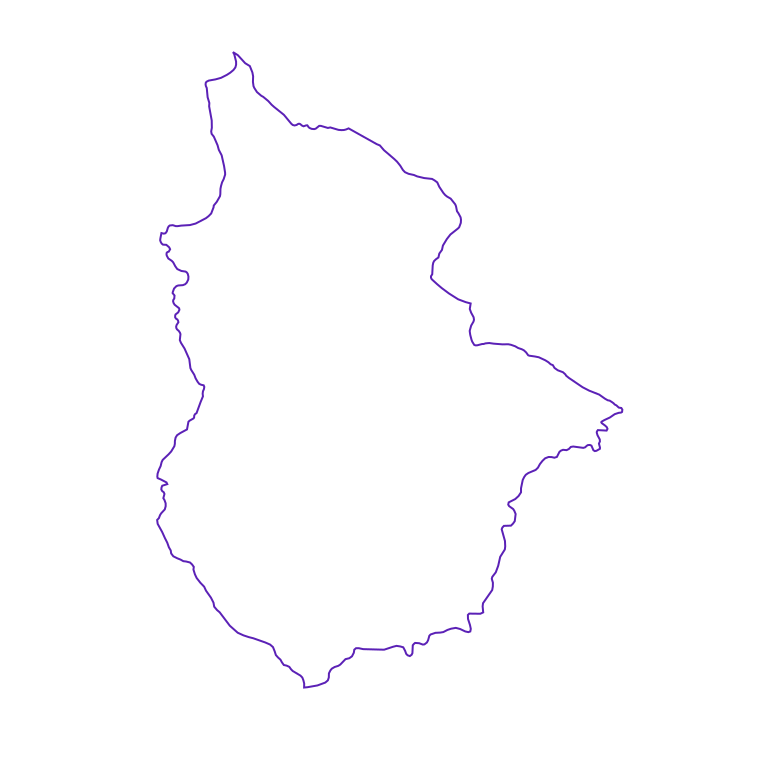 Tununguá, Boyacá, Colombia, rotated 277°
{"feature_id": "7082276B59200745530827", "entity_name": "Tununguá", "entity_type": "district", "adm_level": 2, "iso_a3": "COL", "parent_name": "Colombia", "parent_adm1": "Boyacá", "projection": "natural_earth1", "projection_center": [-73.937, 5.716], "detail": "fine", "context": "isolated", "style": "outline", "palette": "violet", "viewbox_px": 768, "rotation_deg": 277, "n_neighbors": 0, "source": "geoboundaries", "source_scale": "gbopen_adm2", "svg_char_len": 6143}
<svg xmlns="http://www.w3.org/2000/svg" viewBox="0 0 768 768"><g transform="rotate(277 384 384)"><path d="M345.0,579.4L344.9,589.6L345.7,591.4L347.3,592.7L348.2,593.8L348.6,595.8L348.1,597.4L343.8,599.9L343.1,601.4L343.6,603.0L346.0,606.2L347.3,606.1L351.0,604.6L353.3,605.3L355.3,604.9L359.1,602.2L361.6,601.1L362.8,601.1L364.3,601.9L364.9,610.6L366.7,611.3L368.3,610.4L369.7,608.5L371.7,604.9L372.6,604.3L373.4,604.9L375.1,607.2L378.3,612.3L382.2,616.7L384.0,620.5L384.5,622.7L385.3,623.7L387.6,623.7L389.1,622.5L389.2,619.9L391.1,617.3L391.8,615.4L392.8,614.3L393.9,612.3L395.0,610.0L395.1,608.1L396.3,605.2L399.7,598.9L402.4,588.5L405.0,581.5L412.6,566.7L414.5,563.7L415.6,562.9L417.5,560.2L418.8,554.8L420.0,552.6L420.7,551.3L423.3,549.3L423.9,547.0L425.6,544.6L427.2,541.2L429.4,534.4L429.7,530.4L429.8,524.8L430.1,523.6L432.7,521.2L434.5,518.7L435.3,516.5L436.1,512.7L437.4,509.7L438.4,505.2L438.6,502.4L437.8,497.0L437.4,487.9L437.5,483.5L436.7,479.8L435.9,478.1L435.6,476.4L433.8,471.9L433.5,470.1L433.8,468.8L436.8,466.4L438.5,465.5L443.3,463.6L446.6,462.7L447.4,462.6L452.6,463.4L456.8,465.2L458.7,465.5L461.2,464.8L465.4,461.8L468.9,460.0L474.5,460.2L475.2,455.2L477.1,447.3L481.8,437.4L486.2,429.7L489.6,424.5L493.8,418.6L495.2,417.7L496.7,417.5L498.8,418.5L507.6,417.9L510.3,418.1L512.1,418.7L514.1,420.3L516.2,422.6L520.2,423.0L524.2,425.2L528.6,425.6L535.5,428.7L540.5,431.7L547.3,438.4L548.7,439.5L553.3,440.6L556.4,440.4L558.8,439.7L562.5,437.1L564.4,435.4L569.2,433.8L571.0,432.8L576.1,427.6L577.7,423.8L579.0,421.7L580.9,419.6L586.5,414.8L590.6,412.3L592.3,409.3L593.4,406.7L593.3,398.8L594.1,391.6L595.1,388.2L595.6,382.8L596.8,379.0L598.7,376.7L602.7,373.5L606.2,369.9L608.6,366.7L616.1,355.4L620.3,350.8L621.2,347.5L633.4,317.7L632.0,315.3L631.2,313.2L630.8,310.8L630.7,307.8L632.1,299.4L631.3,297.1L632.5,289.9L632.3,288.2L629.1,285.1L628.5,283.7L628.4,281.2L629.0,279.1L629.6,278.0L631.4,276.4L631.2,275.2L630.0,272.8L630.4,271.3L631.8,269.1L632.0,267.9L631.3,266.5L630.5,265.8L629.7,263.7L630.0,261.8L631.0,260.3L639.0,251.8L645.5,241.3L647.5,238.4L650.7,234.7L654.3,229.1L655.1,227.1L658.3,222.3L661.9,219.3L663.7,218.2L667.9,217.1L673.4,216.6L677.2,215.4L683.2,212.1L685.5,207.1L692.6,198.8L695.0,193.7L693.0,195.2L686.0,197.9L682.9,198.3L680.1,197.9L677.3,196.3L674.3,193.5L671.7,190.4L668.0,184.9L665.8,179.6L663.8,173.1L662.4,171.0L661.3,170.4L659.6,170.4L658.0,170.9L656.2,172.0L647.1,174.0L641.6,176.4L638.3,176.6L624.5,180.9L617.3,181.9L613.7,181.7L611.3,182.4L608.7,185.0L600.7,189.7L596.3,191.5L591.2,195.0L580.8,198.7L574.5,200.5L572.5,200.8L567.8,199.9L564.4,198.7L560.6,198.1L557.7,197.9L552.5,198.4L550.4,198.3L544.4,195.8L540.4,193.3L538.6,193.3L532.2,191.7L529.2,189.4L526.9,187.1L520.3,177.5L518.1,172.0L516.5,163.4L515.6,160.2L515.3,158.2L515.9,155.0L515.2,152.0L514.1,151.0L512.5,150.4L508.9,149.8L507.0,148.7L506.4,147.1L506.7,144.7L501.2,144.3L499.4,144.3L497.9,145.0L496.3,146.2L495.4,147.6L495.6,151.0L493.5,154.1L491.7,155.3L489.1,154.2L488.6,153.0L487.6,152.3L486.3,152.3L485.0,152.7L482.3,154.6L480.4,158.3L479.1,159.9L475.4,162.5L472.9,164.8L471.5,169.1L471.4,173.4L470.6,174.8L469.4,175.8L466.8,176.8L463.9,177.0L460.6,175.9L458.8,174.5L457.6,172.3L456.7,167.7L455.8,166.0L453.2,164.0L449.7,163.2L448.5,163.1L446.3,165.3L443.3,165.4L441.6,164.6L440.3,164.6L438.7,165.3L437.2,166.5L434.2,171.4L432.7,171.9L430.0,171.0L427.6,168.6L426.3,168.4L424.7,168.6L423.5,169.6L422.9,171.0L421.7,171.9L420.2,172.4L417.4,171.0L415.7,170.7L414.3,171.0L413.0,171.9L411.7,173.8L410.1,175.2L408.7,175.9L402.7,176.0L400.2,177.4L394.9,181.7L384.9,187.7L376.2,189.9L374.4,191.0L370.1,194.5L366.7,196.3L363.5,198.7L361.6,200.6L361.0,202.5L360.7,205.2L359.2,206.0L357.0,205.9L354.7,205.2L352.2,205.2L349.7,205.8L343.9,204.2L332.3,201.5L331.0,200.1L329.6,199.5L327.5,199.6L326.6,199.1L323.9,195.5L322.7,194.5L314.9,194.0L310.5,187.8L308.0,184.9L305.5,183.7L302.0,183.4L299.2,183.7L296.7,183.5L291.1,181.0L288.0,178.8L281.7,173.6L279.4,172.8L275.3,172.3L271.7,171.1L267.4,170.2L264.4,170.3L263.0,170.8L262.1,174.0L259.8,180.1L258.2,181.1L256.0,176.3L254.2,175.8L252.2,175.8L250.7,176.9L249.7,178.6L248.1,179.5L243.8,178.9L242.0,180.3L239.0,181.8L236.1,182.2L232.8,181.7L228.5,178.6L226.6,177.7L223.4,176.9L221.4,175.4L217.6,176.4L210.0,181.9L204.4,185.3L200.1,188.2L195.7,190.4L192.8,192.6L189.9,193.4L187.3,195.9L185.8,200.1L184.9,203.5L183.7,206.4L183.7,209.2L183.2,213.2L181.5,215.5L179.3,217.5L176.6,217.5L172.1,219.5L168.6,221.7L164.3,226.0L160.9,230.2L157.2,232.5L150.8,238.3L146.2,241.4L142.3,242.6L139.3,245.8L137.4,248.7L125.3,260.4L119.3,269.1L117.4,275.1L116.3,280.6L115.7,285.3L113.0,297.6L111.5,302.7L109.3,305.9L105.3,308.1L101.8,309.7L99.6,312.2L97.8,314.8L95.3,316.6L92.9,318.8L92.6,321.7L91.7,324.5L89.5,326.5L88.0,328.4L84.4,336.6L82.7,338.7L80.1,340.1L76.9,341.3L73.0,341.7L73.7,344.9L76.7,354.7L80.5,362.1L83.0,364.4L86.0,365.0L90.1,364.6L93.2,365.7L95.1,366.9L97.1,369.5L98.7,373.0L100.2,374.8L106.2,379.3L107.6,383.0L109.8,385.4L113.6,386.8L116.7,386.9L118.4,388.5L118.7,391.2L118.3,395.6L120.3,416.5L124.3,425.0L125.6,428.3L125.5,432.1L125.0,435.2L121.7,437.5L118.9,438.9L117.6,440.5L117.1,442.8L118.6,444.4L120.3,445.0L128.2,444.4L129.6,445.3L130.8,446.4L131.0,450.5L130.1,454.3L130.5,455.9L132.7,458.1L135.1,459.0L139.7,459.7L141.1,460.8L143.3,465.4L144.1,470.0L145.0,473.1L147.6,476.9L149.3,480.4L150.7,485.0L150.1,489.4L148.3,494.8L148.0,498.0L148.9,499.8L151.5,500.0L155.3,498.7L161.1,496.0L165.0,495.4L166.5,496.6L167.7,507.6L169.4,510.3L175.3,509.0L178.5,509.0L192.7,516.5L196.3,516.7L200.1,516.3L203.8,514.7L205.8,515.0L210.7,517.9L217.5,519.5L226.6,520.4L234.5,524.1L237.6,524.1L242.9,523.2L254.2,518.5L256.0,519.0L257.8,520.3L258.9,527.3L261.2,529.1L263.8,530.5L271.0,530.5L274.0,528.8L275.6,527.5L278.0,523.1L279.4,522.0L281.7,522.2L285.8,528.3L289.2,531.2L293.2,533.2L297.2,532.7L305.7,533.4L308.8,534.5L311.2,535.8L313.3,538.2L317.2,545.0L319.7,547.0L323.5,548.5L327.1,550.7L329.9,553.0L331.6,556.2L331.9,559.2L331.6,562.1L332.7,564.5L338.0,566.4L339.4,567.7L340.5,569.7L340.6,573.3L342.0,575.4L344.3,577.1L345.0,579.4Z" fill="none" stroke="#5b21b6" stroke-width="2"/></g></svg>